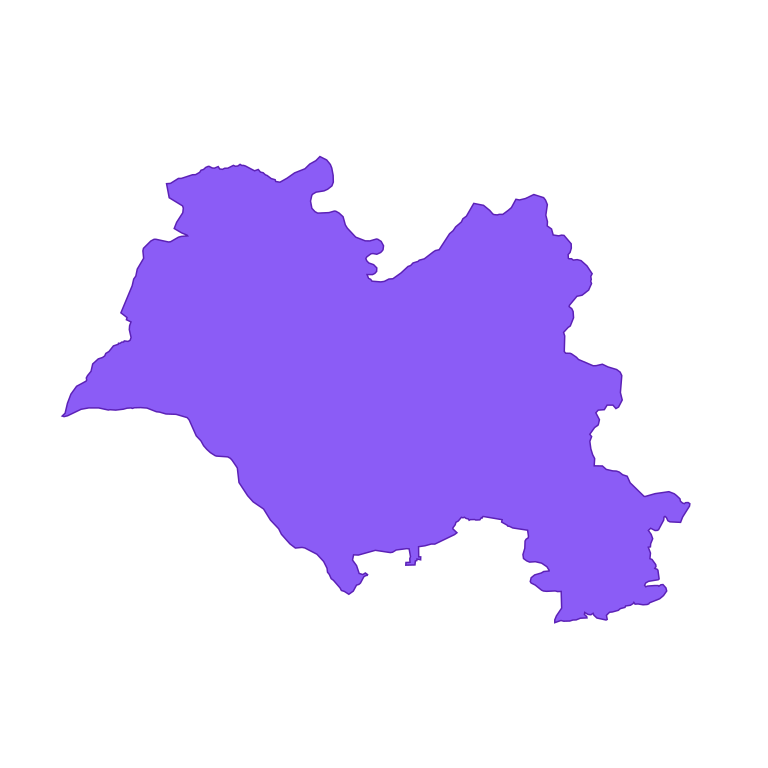 outline of Dumbraveni, Sibiu, Romania, rotated 96°
{"feature_id": "2599482B85989180229016", "entity_name": "Dumbraveni", "entity_type": "district", "adm_level": 2, "iso_a3": "ROU", "parent_name": "Romania", "parent_adm1": "Sibiu", "projection": "mercator", "projection_center": [24.552, 46.22], "detail": "fine", "context": "isolated", "style": "filled", "palette": "violet", "viewbox_px": 768, "rotation_deg": 96, "n_neighbors": 0, "source": "geoboundaries", "source_scale": "gbopen_adm2", "svg_char_len": 6128}
<svg xmlns="http://www.w3.org/2000/svg" viewBox="0 0 768 768"><g transform="rotate(96 384 384)"><path d="M207.5,621.2L221.2,617.1L227.9,603.0L230.0,602.0L234.7,602.0L244.8,607.1L251.3,608.9L254.9,601.0L256.5,595.5L257.2,594.8L258.4,601.0L259.5,603.8L264.8,611.1L265.3,613.1L263.9,626.0L264.1,627.8L266.2,630.9L274.2,637.4L276.8,637.7L284.1,636.2L295.5,641.4L302.6,642.1L305.8,643.9L312.6,644.7L340.7,653.1L344.8,646.5L347.0,646.9L348.7,642.1L352.6,643.1L356.5,643.0L364.2,640.4L367.1,641.1L368.4,643.0L368.3,646.8L369.4,647.3L369.8,649.3L371.2,650.7L371.2,652.3L372.3,652.5L374.4,657.1L380.4,660.9L382.7,663.9L385.3,664.7L387.1,666.8L388.9,670.8L394.5,675.8L402.0,676.7L406.6,679.7L409.1,680.7L411.1,680.1L412.3,680.6L418.4,689.5L426.8,694.3L436.2,696.8L446.4,698.1L449.5,700.7L449.9,698.8L448.7,695.4L440.8,682.6L438.6,675.0L437.6,665.4L438.7,655.4L438.2,653.9L438.0,648.1L436.3,640.6L434.9,637.0L434.2,633.0L434.6,631.8L433.7,629.7L432.9,623.5L432.7,617.2L435.4,607.4L435.4,604.3L436.6,597.7L435.9,587.6L438.0,576.2L440.1,574.0L455.2,565.3L459.6,560.2L464.3,556.9L467.6,553.3L470.4,549.5L472.9,544.5L473.2,543.2L472.8,531.8L474.0,529.0L475.8,527.0L482.8,521.1L497.2,517.9L509.4,507.9L514.9,501.8L520.9,490.7L531.2,482.7L539.0,473.6L544.2,470.3L552.8,460.9L556.4,455.0L555.1,448.5L555.3,445.7L560.3,432.9L566.8,425.5L573.2,421.4L577.1,420.5L579.1,418.5L583.1,416.2L584.5,413.8L591.4,406.4L593.8,404.8L594.4,401.8L596.8,397.0L593.2,392.9L586.9,390.3L585.9,388.0L584.4,386.6L577.8,383.9L576.4,382.0L576.1,380.7L575.3,380.4L573.9,382.8L575.7,385.1L575.0,388.9L567.5,392.3L562.4,396.9L557.1,396.4L556.8,391.6L550.3,375.2L551.0,360.1L550.4,357.9L547.8,354.5L545.4,344.4L545.3,341.8L552.9,339.6L555.0,340.1L558.6,339.5L559.2,343.5L561.9,343.4L560.7,334.3L556.7,334.3L556.2,332.9L554.6,332.9L555.0,329.2L552.1,329.4L552.2,331.4L542.2,332.6L540.6,326.3L538.2,320.2L537.9,316.7L526.4,298.1L524.3,295.9L520.8,300.4L519.8,300.4L516.6,298.5L514.0,298.0L512.5,295.8L508.5,293.1L508.8,291.5L508.1,290.1L509.1,288.4L509.4,286.0L510.6,285.1L509.9,284.1L509.3,279.7L509.7,278.5L509.1,274.5L506.8,273.2L507.1,272.5L505.5,271.8L505.4,270.8L506.6,252.3L509.0,252.6L511.5,246.8L512.4,246.1L512.4,244.5L513.7,240.9L514.4,225.9L520.4,224.4L521.9,224.5L523.6,226.5L525.4,227.3L532.6,226.8L539.1,228.0L543.0,227.0L545.0,223.6L545.9,220.6L544.9,214.9L545.7,208.5L548.7,202.9L552.0,200.3L552.7,200.3L553.8,205.6L555.5,207.8L558.1,214.2L561.3,217.4L565.2,217.9L566.5,216.9L568.2,212.5L572.6,205.7L573.2,203.8L573.2,200.6L571.9,192.1L572.3,189.7L571.8,186.1L588.3,183.9L596.6,188.3L600.7,189.5L603.5,189.2L600.7,183.3L601.1,180.5L600.3,174.4L599.0,171.5L598.5,168.2L596.4,164.2L595.4,157.7L594.1,158.1L592.2,160.6L590.2,160.5L591.8,157.2L591.9,155.1L591.8,154.0L590.2,152.1L592.0,151.1L594.5,147.8L595.5,138.5L594.8,137.4L590.8,138.6L587.4,135.8L586.9,133.2L584.6,127.3L582.7,125.5L581.0,121.0L579.5,120.5L578.3,115.8L576.3,113.3L575.1,112.7L576.7,111.3L576.2,108.3L576.5,103.3L575.8,99.3L575.0,97.7L573.8,97.0L568.8,87.4L565.2,83.9L560.3,81.2L557.3,82.3L554.3,85.6L554.7,87.6L556.4,89.5L555.8,90.3L556.1,93.5L557.4,100.7L558.3,102.5L556.9,103.8L554.5,102.9L552.6,100.3L550.0,90.8L549.1,90.0L540.6,92.1L539.7,93.0L539.1,95.4L537.1,94.4L535.2,94.9L530.5,99.1L529.9,101.3L524.3,101.3L518.7,104.1L518.1,102.0L515.0,102.1L509.8,100.6L505.6,102.6L502.0,105.8L499.6,103.7L501.4,99.1L501.0,96.8L500.2,95.7L490.1,91.6L487.1,91.6L486.3,90.7L487.3,89.2L490.3,87.4L491.2,85.2L490.6,74.6L485.1,73.1L473.5,67.4L471.1,67.3L470.1,69.1L470.5,71.7L471.6,72.8L471.2,74.6L469.6,76.9L467.2,77.7L464.3,81.5L462.8,83.9L461.3,89.4L464.7,102.9L468.6,112.6L468.5,113.7L456.5,128.9L450.3,132.5L449.3,137.2L447.0,140.8L446.3,143.7L446.5,147.4L445.7,154.0L442.7,158.2L443.4,166.4L436.1,166.7L432.5,169.1L426.9,171.5L419.5,173.3L414.6,172.0L412.5,174.1L405.3,170.0L402.5,166.8L401.3,166.5L397.0,166.0L390.5,170.3L387.6,168.2L386.5,162.2L381.7,159.9L381.1,154.1L384.2,150.8L382.4,148.3L375.0,145.4L367.8,148.0L350.8,148.4L347.5,150.4L345.3,154.1L343.6,163.0L341.5,168.9L343.6,174.9L344.0,177.9L339.3,193.1L337.3,195.4L334.4,200.7L334.0,202.2L334.4,206.5L332.9,208.1L317.3,209.3L313.9,210.8L308.5,206.8L306.8,204.8L298.3,202.4L292.1,203.5L289.5,205.1L287.7,208.0L286.3,207.8L276.6,201.3L275.0,196.3L269.2,190.3L262.4,188.1L260.1,189.2L258.4,188.8L255.4,189.6L252.6,188.5L245.3,194.5L240.7,200.9L240.1,204.9L241.0,208.7L239.8,210.6L240.1,213.1L239.7,213.8L236.0,214.4L233.7,212.7L229.3,211.9L225.0,212.5L217.4,220.5L217.4,223.0L218.4,225.8L218.1,231.3L212.3,233.6L209.7,238.2L205.5,238.4L199.2,240.7L188.5,240.3L184.2,242.6L182.0,244.7L179.9,254.8L184.8,262.8L186.8,268.5L186.5,272.1L195.2,275.7L198.2,278.5L202.9,283.6L203.2,287.1L204.0,289.0L204.0,292.6L203.3,293.8L200.3,297.0L195.9,303.7L195.0,313.6L208.5,319.6L211.4,322.8L214.8,324.0L220.3,329.2L224.3,331.3L227.7,334.5L244.7,343.2L245.9,346.8L247.4,348.7L255.3,357.0L257.2,361.9L258.5,362.9L260.6,367.8L263.4,369.9L264.6,372.4L271.8,378.7L278.4,386.2L279.1,390.1L281.9,394.4L282.8,397.9L283.0,406.7L281.3,408.2L280.5,410.4L276.9,412.3L276.4,406.9L275.0,404.7L272.8,403.1L269.3,403.3L266.4,406.8L265.2,411.8L263.3,414.0L261.2,415.2L259.4,414.4L255.9,410.6L255.4,408.7L255.7,404.7L253.6,401.1L252.1,399.9L250.6,399.0L246.6,398.9L242.5,401.7L240.7,405.3L240.6,406.7L243.2,413.1L243.6,417.6L240.9,427.5L232.8,436.8L229.8,439.1L221.9,442.2L218.7,446.5L217.2,450.0L217.2,451.5L219.3,456.6L221.0,467.8L219.8,470.7L216.8,474.1L209.8,476.2L203.8,475.5L202.6,474.7L200.3,471.6L198.2,463.8L196.2,460.4L192.4,456.5L188.5,455.5L181.8,456.4L174.7,458.5L171.3,460.3L167.2,464.4L164.5,471.5L169.0,475.1L173.0,480.8L178.2,485.1L183.4,495.0L189.5,502.0L194.2,508.6L193.9,512.9L192.2,513.6L191.5,517.6L188.8,522.1L188.4,523.8L186.5,526.3L186.2,529.0L183.8,531.5L185.5,535.0L181.7,544.5L181.3,546.4L181.5,548.3L180.6,550.1L182.5,552.2L183.0,554.6L182.3,556.6L185.7,561.9L186.1,565.1L187.4,567.0L187.3,569.9L185.1,571.6L187.1,575.3L187.1,577.4L185.8,580.8L186.1,581.9L187.3,584.0L189.5,585.9L190.5,588.3L192.8,589.5L195.5,593.3L195.9,596.3L200.7,607.0L201.0,609.9L206.8,617.3L207.5,621.2Z" fill="#8b5cf6" stroke="#5b21b6" stroke-width="1.5"/></g></svg>